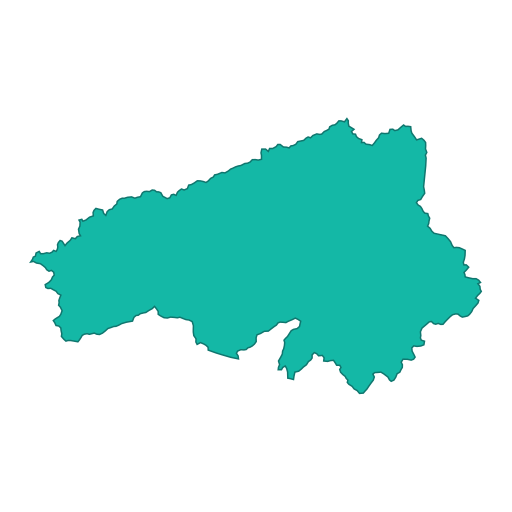 Valença, Rio de Janeiro, Brazil
{"feature_id": "56859067B36198843973631", "entity_name": "Valença", "entity_type": "district", "adm_level": 2, "iso_a3": "BRA", "parent_name": "Brazil", "parent_adm1": "Rio de Janeiro", "projection": "orthographic", "projection_center": [-43.878, -22.233], "detail": "fine", "context": "isolated", "style": "filled", "palette": "teal", "viewbox_px": 512, "rotation_deg": 0, "n_neighbors": 0, "source": "geoboundaries", "source_scale": "gbopen_adm2", "svg_char_len": 6035}
<svg xmlns="http://www.w3.org/2000/svg" viewBox="0 0 512 512"><path d="M30.7,262.0L33.5,261.4L36.4,263.0L40.4,263.7L43.2,265.7L45.4,267.6L46.7,269.7L49.0,271.2L51.4,270.4L53.7,272.2L54.2,275.2L52.5,277.0L51.4,279.7L49.3,282.0L47.3,283.4L45.2,284.6L45.8,287.5L47.9,288.5L50.8,288.3L53.4,289.8L56.1,291.2L57.9,293.6L60.9,295.1L59.7,298.0L58.9,300.4L59.1,302.9L58.6,305.2L60.4,307.2L62.1,310.7L60.8,314.3L59.4,316.4L56.9,317.9L54.9,319.2L53.3,320.6L54.7,322.6L56.0,325.5L58.8,326.0L60.8,327.9L61.1,330.6L61.8,333.8L61.4,336.4L63.8,339.2L65.9,341.1L68.0,340.5L70.6,340.5L74.2,341.1L77.9,341.8L79.5,339.8L81.0,337.5L82.2,335.4L84.3,334.2L87.1,333.7L89.4,334.3L91.8,333.7L94.3,333.1L96.8,334.2L99.5,334.5L102.5,333.1L105.2,331.0L107.9,328.5L110.7,327.6L113.7,326.5L116.0,326.3L118.7,325.2L121.6,323.6L126.4,322.2L132.5,321.1L133.9,317.4L136.0,315.5L138.3,315.2L140.3,313.7L143.5,312.9L145.8,312.5L149.0,310.4L152.3,308.6L154.5,306.4L156.4,308.7L158.2,311.4L158.2,314.3L160.4,315.8L164.0,317.7L167.4,318.0L170.5,317.1L174.3,317.4L177.4,317.8L179.9,317.2L182.8,318.4L186.0,319.6L189.0,320.0L192.2,321.6L193.4,325.7L193.3,329.4L193.3,332.1L193.8,335.6L196.0,338.8L195.9,342.0L197.1,344.4L200.5,342.6L203.6,343.9L205.9,345.2L208.1,347.3L208.2,350.1L216.0,352.9L221.8,354.7L230.7,357.3L238.5,358.9L238.1,355.9L236.4,353.3L237.6,351.1L240.8,349.7L244.0,349.9L246.2,349.5L247.9,347.8L250.0,347.2L252.2,346.0L254.4,344.1L256.2,341.6L256.1,337.7L257.0,334.8L260.5,333.5L264.3,331.3L268.3,331.1L271.1,328.9L274.0,326.7L276.4,325.1L278.0,322.9L280.1,322.1L283.4,322.3L285.9,322.6L288.2,321.3L290.4,320.4L292.5,319.5L295.3,318.1L298.0,319.4L300.7,321.2L300.1,323.7L299.5,326.5L297.1,328.6L293.4,329.4L291.2,330.7L287.5,336.5L285.5,338.4L284.0,340.2L284.7,342.5L284.4,345.6L283.7,348.8L282.6,351.1L282.3,354.1L280.8,357.0L278.5,361.0L279.6,364.6L278.5,367.3L278.2,369.7L281.5,369.7L282.7,367.5L285.2,366.0L286.6,368.3L287.6,372.0L287.8,378.2L290.1,378.6L293.5,379.5L294.0,376.0L294.9,372.1L298.7,371.2L301.4,369.0L303.4,367.0L306.4,364.8L308.4,361.6L310.7,360.0L312.1,358.0L312.1,354.9L314.3,352.6L316.7,353.7L318.6,355.8L322.3,355.4L324.1,357.7L323.7,361.0L327.6,361.4L330.4,360.6L333.5,360.3L335.4,363.1L336.6,365.2L339.8,365.3L341.0,367.5L339.7,369.4L340.6,372.2L342.8,374.5L345.2,376.4L346.2,378.4L347.9,380.1L347.3,382.4L348.9,384.3L352.1,386.3L354.1,388.9L357.2,390.6L359.5,393.4L363.3,393.1L365.1,391.0L366.9,389.1L368.6,386.5L370.8,383.4L373.3,380.1L374.3,377.0L372.9,374.1L374.7,372.6L378.0,372.4L380.9,372.1L383.8,373.9L387.9,377.0L389.5,379.9L391.2,381.3L393.9,380.1L395.7,377.3L397.1,373.7L399.8,372.2L400.9,369.8L402.3,367.5L402.4,364.7L401.2,362.2L403.0,359.2L407.5,359.3L411.2,360.1L413.6,359.2L415.1,357.1L414.1,355.0L412.1,351.1L411.8,347.9L413.7,345.9L417.0,346.4L420.8,346.0L423.9,344.8L424.5,341.2L421.3,340.2L420.4,338.0L420.8,335.5L420.4,331.8L422.0,328.1L426.6,324.2L429.2,321.9L431.4,321.5L433.6,323.6L435.7,324.2L438.2,323.4L440.7,324.4L443.0,324.3L445.2,321.7L447.3,319.5L450.1,316.7L452.6,314.7L455.7,313.9L458.0,314.1L460.1,315.9L462.3,317.1L465.3,316.5L467.7,315.9L469.5,314.4L471.7,311.6L473.1,308.5L475.8,305.6L478.0,303.0L478.8,300.4L475.5,298.2L477.7,295.4L479.8,293.4L481.3,291.4L480.2,289.3L479.9,286.3L477.9,283.7L480.5,282.5L478.7,280.2L476.1,278.7L472.8,278.7L468.6,277.8L465.2,276.9L464.9,274.6L464.0,272.4L466.4,270.0L468.7,267.2L466.3,264.9L463.9,264.9L463.3,262.3L464.4,259.0L465.0,255.5L465.2,250.4L462.5,249.1L459.3,247.7L456.5,247.4L453.9,247.7L452.2,245.5L450.5,241.6L448.2,238.8L445.4,235.8L434.1,233.3L431.9,231.3L430.1,228.3L427.6,226.2L428.7,223.5L429.0,221.1L429.7,218.2L428.4,216.0L427.8,213.6L424.7,213.1L423.1,211.2L421.9,208.6L420.4,206.4L418.2,205.1L416.4,202.7L417.9,200.4L420.7,199.5L422.4,196.6L424.7,193.3L424.3,190.2L423.6,186.7L425.7,165.9L426.1,158.1L425.4,155.1L426.8,152.4L425.5,149.0L425.7,145.6L425.6,142.5L424.0,140.3L421.6,138.3L416.6,139.9L414.4,136.6L411.8,133.1L411.1,130.7L410.7,126.7L407.9,126.3L405.5,126.4L403.6,125.0L400.8,127.3L397.9,129.9L394.8,130.6L392.8,129.2L390.0,129.4L388.7,133.3L384.9,133.6L381.5,133.2L379.5,135.0L378.6,137.8L376.3,140.3L374.3,143.1L372.2,145.5L369.5,144.6L366.0,144.2L364.0,142.4L361.5,142.6L361.9,139.7L358.6,138.5L356.4,136.6L355.5,134.2L352.8,133.9L351.5,131.5L354.0,129.3L351.1,127.5L348.9,126.2L348.3,123.3L348.3,120.7L346.9,118.6L344.5,121.8L341.1,120.9L338.8,120.9L337.0,123.1L335.0,124.8L332.3,125.3L329.7,126.8L329.0,129.1L326.4,130.6L324.3,131.5L321.6,134.2L319.4,134.4L316.8,133.9L312.9,135.5L310.6,137.8L308.1,137.0L306.0,138.2L303.7,140.4L300.8,141.0L297.8,141.6L295.8,144.3L293.1,145.6L290.9,145.9L289.1,147.9L286.6,147.2L283.4,147.0L280.2,144.5L277.8,144.5L276.2,146.6L272.7,148.5L269.6,148.5L268.3,151.4L265.6,149.1L261.8,149.1L261.0,152.9L261.5,155.4L261.5,159.3L258.2,160.1L255.4,159.6L252.3,159.7L250.0,162.1L247.6,163.2L244.8,163.5L240.9,165.5L238.2,166.0L235.5,166.9L232.9,168.2L230.6,169.1L228.5,170.9L225.0,172.9L221.9,172.5L217.5,174.3L214.6,174.9L213.4,177.0L210.6,178.4L208.2,181.0L206.0,182.5L203.2,181.5L200.3,180.9L197.3,180.8L194.2,183.0L191.3,184.6L188.7,185.1L187.4,188.6L184.1,190.0L181.5,189.0L179.2,190.6L177.5,192.2L176.1,195.4L173.7,194.3L171.4,194.9L169.8,197.8L167.1,198.6L164.9,197.4L162.8,196.3L160.8,192.7L158.7,191.9L156.5,191.8L154.6,190.3L152.2,190.0L149.5,191.6L146.5,191.3L144.3,191.6L142.4,192.9L140.5,196.7L137.3,197.3L134.9,198.2L131.6,196.9L127.5,197.3L124.3,198.3L122.2,198.2L119.6,199.3L117.2,201.4L116.8,204.0L114.3,206.0L112.2,209.0L109.3,209.7L107.2,211.6L105.8,215.4L103.7,213.5L102.6,210.0L98.8,209.2L95.9,208.4L94.0,210.4L93.1,212.5L93.3,215.9L89.5,217.2L86.0,220.0L82.9,221.2L81.8,219.3L79.0,220.1L80.1,222.2L79.9,226.1L78.5,229.2L79.2,233.6L80.5,235.8L77.3,236.5L75.3,238.7L71.9,237.8L70.3,240.3L67.1,243.0L65.0,245.6L62.1,241.2L60.1,240.5L58.4,242.5L57.5,244.7L57.8,247.1L57.3,249.4L56.1,251.4L53.6,250.4L52.1,252.1L49.6,253.3L46.7,252.8L43.3,253.7L40.6,253.7L39.2,251.4L36.1,253.0L35.4,256.2L33.3,257.1L32.5,259.3L30.7,262.0Z" fill="#14b8a6" stroke="#0f766e" stroke-width="1.5"/></svg>